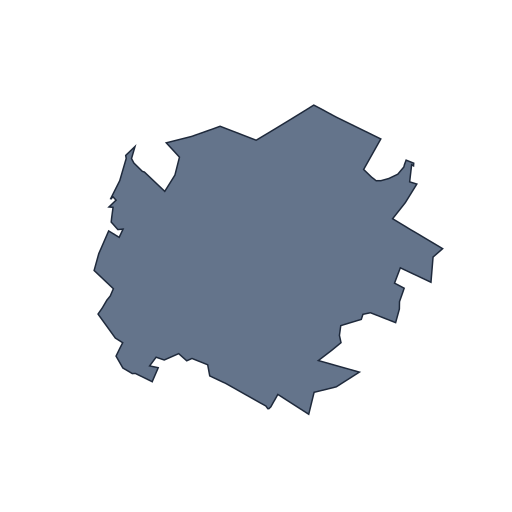 Cumpas, Sonora, Mexico (Albers equal-area conic projection), rotated 31°
{"feature_id": "50627088B14847399319880", "entity_name": "Cumpas", "entity_type": "district", "adm_level": 2, "iso_a3": "MEX", "parent_name": "Mexico", "parent_adm1": "Sonora", "projection": "albers", "projection_center": [-109.812, 30.065], "detail": "fine", "context": "isolated", "style": "filled", "palette": "slate", "viewbox_px": 512, "rotation_deg": 31, "n_neighbors": 0, "source": "geoboundaries", "source_scale": "gbopen_adm2", "svg_char_len": 1809}
<svg xmlns="http://www.w3.org/2000/svg" viewBox="0 0 512 512"><g transform="rotate(31 256 256)"><path d="M406.2,227.6L402.5,221.2L400.4,211.0L399.6,207.3L388.7,207.9L385.8,191.8L400.8,190.3L419.5,188.4L408.3,165.7L412.2,153.6L379.9,153.7L375.1,153.8L357.2,153.7L353.9,153.7L356.5,133.4L356.8,111.5L349.5,113.3L342.4,97.6L344.6,97.6L343.4,95.2L335.3,96.5L336.2,101.3L336.9,103.5L335.4,112.9L329.9,121.2L324.3,127.1L321.0,129.1L320.3,129.6L319.4,129.5L318.5,129.4L318.2,129.3L314.5,128.9L303.7,126.4L302.7,91.4L266.4,94.5L253.7,95.6L249.8,95.8L249.7,95.8L241.4,96.2L240.5,96.2L229.3,96.8L227.8,96.9L221.6,109.0L213.8,124.0L207.2,136.6L196.5,156.7L195.2,156.9L158.4,163.3L152.2,171.0L151.8,171.4L141.0,184.5L140.4,185.3L139.1,186.8L120.8,205.2L139.5,210.7L144.8,228.3L144.8,230.2L144.5,247.6L117.1,241.5L115.0,242.0L103.4,239.2L99.1,236.6L95.9,224.5L92.5,236.9L94.5,239.2L100.4,261.6L101.9,281.7L102.4,281.6L102.8,278.9L107.3,280.2L104.7,289.7L108.4,287.9L112.6,297.6L114.4,301.5L124.0,304.5L128.2,301.4L129.1,310.5L116.8,310.4L119.4,330.1L120.0,334.9L124.7,351.8L150.6,357.5L151.6,364.8L151.7,365.2L150.9,370.5L151.0,379.8L150.5,387.1L151.8,387.7L177.7,398.8L186.4,399.0L186.8,404.9L187.6,413.9L199.6,420.6L207.5,420.5L210.5,420.5L213.1,418.8L231.8,417.2L231.7,416.8L229.8,402.6L229.7,402.1L228.3,402.6L221.4,405.0L222.5,394.2L230.9,392.4L240.0,379.5L250.6,381.5L253.9,376.8L270.6,374.1L278.1,382.6L293.2,381.1L294.4,380.9L295.8,380.8L336.3,379.7L337.9,379.6L338.0,379.6L341.7,379.5L344.8,380.8L345.7,380.2L346.4,377.7L346.2,371.7L346.2,369.8L346.0,363.4L382.7,364.5L376.0,342.9L392.2,326.8L404.4,302.3L380.2,308.9L363.3,313.5L369.1,298.8L369.6,297.5L373.5,286.5L368.4,281.1L364.5,272.0L378.9,256.1L377.7,250.9L383.3,245.7L410.0,241.2L406.2,227.6Z" fill="#64748b" stroke="#1e293b" stroke-width="1.5"/></g></svg>